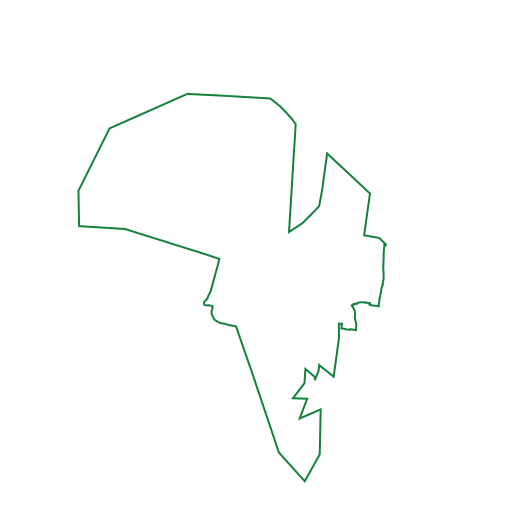 Al Amreia, Al Iskandariyah, Egypt, rotated 135°
{"feature_id": "37247803B92926604097979", "entity_name": "Al Amreia", "entity_type": "district", "adm_level": 2, "iso_a3": "EGY", "parent_name": "Egypt", "parent_adm1": "Al Iskandariyah", "projection": "natural_earth1", "projection_center": [29.737, 30.959], "detail": "fine", "context": "isolated", "style": "outline", "palette": "green", "viewbox_px": 512, "rotation_deg": 135, "n_neighbors": 0, "source": "geoboundaries", "source_scale": "gbopen_adm2", "svg_char_len": 4868}
<svg xmlns="http://www.w3.org/2000/svg" viewBox="0 0 512 512"><g transform="rotate(135 256 256)"><path d="M343.6,171.6L359.7,139.2L378.8,100.8L380.8,62.2L351.2,70.7L318.7,101.8L340.0,110.2L320.7,118.9L330.5,129.3L311.6,131.8L300.9,141.2L299.9,128.2L300.1,128.0L301.2,127.6L301.3,127.1L296.3,129.1L293.5,130.3L289.8,132.9L288.5,134.3L288.4,133.1L287.8,128.3L286.4,115.8L279.9,120.7L255.5,139.2L254.4,140.3L253.8,140.8L253.2,141.5L249.3,145.4L247.2,147.6L245.2,149.6L244.3,148.4L243.2,147.2L246.4,144.7L246.9,144.3L246.8,144.2L246.7,144.2L246.1,143.5L245.1,142.0L244.2,140.6L244.0,140.4L243.2,139.1L242.9,138.7L242.5,138.2L241.7,137.4L241.2,137.7L240.8,137.2L240.1,136.2L239.8,135.8L239.6,135.4L239.3,135.2L238.8,134.4L238.1,133.5L237.7,132.9L237.3,133.2L235.6,134.8L235.1,135.3L234.7,135.6L233.8,136.5L233.2,137.2L232.4,138.3L232.1,138.8L231.6,139.7L230.7,141.1L230.4,141.5L230.2,141.7L230.0,142.0L229.6,142.5L229.4,142.7L229.2,143.0L228.9,143.3L228.6,143.6L227.1,144.8L226.9,145.0L226.0,146.1L225.7,146.5L225.4,146.9L225.3,147.0L225.0,147.5L224.8,147.8L224.3,149.3L223.9,150.6L223.5,152.3L223.3,153.4L223.2,153.4L222.4,152.9L222.0,152.6L221.5,152.3L220.8,153.0L218.6,150.9L217.9,151.3L217.3,151.0L214.8,149.4L212.5,146.9L211.9,145.9L211.7,146.1L211.3,145.6L210.8,144.8L210.0,143.7L208.7,142.1L209.0,141.9L210.2,141.3L209.4,140.0L209.0,139.2L207.8,137.7L205.8,135.2L204.8,133.7L204.6,133.9L204.6,134.0L204.2,134.2L204.0,134.3L203.9,134.4L203.9,134.5L203.7,134.6L203.3,134.9L203.0,135.3L202.9,135.3L202.7,135.3L201.9,136.0L201.6,136.1L201.3,136.5L200.9,136.8L200.7,136.9L200.6,137.0L200.4,137.2L200.3,137.3L200.2,137.3L200.0,137.5L199.9,137.6L199.8,137.8L199.7,137.8L199.5,138.0L199.3,138.1L199.0,138.3L198.7,138.4L198.5,138.5L198.3,138.7L197.8,139.1L197.6,139.2L197.5,139.3L197.3,139.3L197.2,139.5L196.9,139.7L196.6,139.9L196.4,140.0L196.1,140.2L195.5,140.7L195.3,140.8L195.1,141.0L194.7,141.2L194.5,141.3L194.4,141.4L193.8,141.8L193.6,141.9L193.4,142.0L193.2,142.1L193.0,142.3L192.8,142.4L192.4,142.8L191.8,143.3L191.5,143.5L191.4,143.6L191.0,143.9L190.8,144.0L190.7,144.1L190.4,144.2L190.3,144.3L190.1,144.4L189.8,144.5L189.7,144.6L189.4,144.8L188.9,145.0L188.5,145.3L188.2,145.4L187.8,145.6L187.5,145.7L187.4,145.7L187.2,145.7L187.0,145.8L187.1,146.0L186.4,146.6L186.2,146.7L186.1,146.8L185.8,147.0L185.6,147.1L184.9,147.5L184.6,147.8L184.2,148.0L183.9,148.2L183.4,148.6L183.2,148.7L183.0,148.9L182.7,149.1L182.4,149.2L182.1,149.4L181.9,149.6L181.7,149.9L181.3,150.2L181.0,150.5L180.9,150.7L180.7,150.8L180.6,151.0L180.4,151.2L180.2,151.3L180.1,151.5L179.9,151.7L179.7,151.8L179.2,152.4L179.0,152.6L178.9,152.7L178.8,152.8L178.6,153.0L178.1,153.6L177.9,153.8L177.6,154.1L177.5,154.3L177.3,154.4L177.2,154.5L176.9,154.9L176.7,155.0L176.5,155.3L176.3,155.5L176.0,155.9L175.7,156.2L175.4,156.4L175.3,156.6L175.2,156.7L175.1,156.8L174.8,157.2L174.5,157.5L174.3,157.7L174.2,157.8L174.0,158.1L173.8,158.3L173.7,158.5L173.3,158.7L173.0,159.0L172.9,159.1L172.4,159.5L172.0,159.9L171.9,159.9L171.8,160.1L171.7,160.3L171.4,160.4L171.3,160.5L171.2,160.7L171.1,160.8L170.7,161.0L170.5,161.3L170.3,161.5L170.0,161.7L169.5,162.2L169.4,162.2L169.2,162.5L168.9,162.8L168.8,163.0L168.7,163.1L168.5,163.3L168.3,163.4L168.1,163.5L167.3,164.2L167.2,164.3L166.7,164.7L166.6,164.8L166.2,165.1L166.0,165.3L165.8,165.6L165.6,165.9L165.4,166.1L165.2,166.3L165.0,166.5L164.9,166.6L164.7,166.7L164.7,166.8L164.6,167.0L164.4,167.2L163.9,167.6L163.8,167.8L163.7,167.8L163.3,168.1L163.2,168.2L163.0,168.3L162.9,168.4L162.8,168.5L162.6,168.7L162.3,168.9L162.0,169.2L161.5,169.6L161.3,169.8L161.1,170.0L160.9,170.1L160.3,170.7L160.0,170.9L159.8,171.0L159.1,171.5L158.8,171.8L158.5,172.0L158.4,172.1L158.1,172.2L158.0,172.3L157.7,172.3L157.4,172.3L157.2,172.2L157.0,172.3L157.0,172.5L157.3,173.2L156.7,173.6L156.5,173.0L156.4,173.1L156.2,172.8L156.2,172.7L156.2,172.4L156.3,172.3L156.4,172.2L156.5,172.1L156.8,171.8L156.9,171.6L157.0,171.6L157.2,171.4L156.8,171.6L156.2,172.1L156.0,172.3L156.0,172.5L156.0,172.8L156.3,173.4L156.4,173.7L156.0,173.8L156.2,181.8L164.9,194.2L131.2,219.6L133.2,278.2L162.7,255.8L176.1,246.6L183.6,246.4L199.8,246.4L215.7,249.6L164.7,294.7L137.0,319.1L134.7,321.2L133.7,327.3L133.3,333.8L133.1,343.7L133.5,348.5L134.0,353.3L134.6,357.4L167.7,394.6L190.0,419.2L269.3,449.8L334.1,428.1L335.2,427.9L359.5,402.7L359.9,402.1L329.6,367.8L289.8,291.6L284.0,279.7L313.0,263.1L316.7,261.9L318.8,261.2L320.4,260.3L325.1,260.1L325.8,259.6L326.5,259.1L326.9,257.9L326.5,257.0L325.9,256.0L324.3,254.7L322.8,252.4L322.5,252.0L322.2,251.4L322.8,250.7L323.3,250.2L323.8,249.7L326.0,248.6L326.4,248.5L328.5,246.3L329.7,242.6L330.0,241.9L330.4,240.5L329.9,237.7L329.2,235.4L328.9,234.5L328.2,233.3L327.9,232.5L326.4,230.9L325.9,230.0L325.2,228.5L323.6,225.6L320.6,221.6L319.8,220.4L326.6,206.6L337.3,184.5L339.1,180.7L343.6,171.6Z" fill="none" stroke="#15803d" stroke-width="2"/></g></svg>